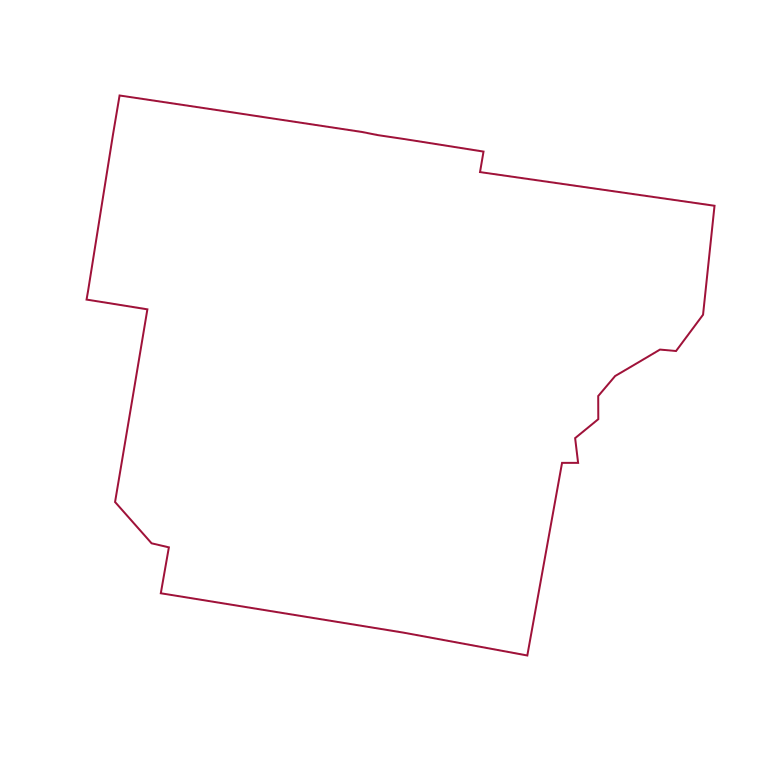 Grant, Arkansas, United States of America (Equal Earth projection), rotated 278°
{"feature_id": "52423323B41893440986627", "entity_name": "Grant", "entity_type": "district", "adm_level": 2, "iso_a3": "USA", "parent_name": "United States of America", "parent_adm1": "Arkansas", "projection": "equal_earth", "projection_center": [-92.409, 34.278], "detail": "fine", "context": "isolated", "style": "outline", "palette": "rose", "viewbox_px": 768, "rotation_deg": 278, "n_neighbors": 0, "source": "geoboundaries", "source_scale": "gbopen_adm2", "svg_char_len": 546}
<svg xmlns="http://www.w3.org/2000/svg" viewBox="0 0 768 768"><g transform="rotate(278 384 384)"><path d="M145.7,192.1L140.5,437.7L135.1,563.7L330.7,571.3L332.9,587.2L357.0,580.8L379.0,601.1L401.9,597.8L424.1,611.8L436.3,627.2L456.5,652.5L457.3,668.6L497.0,690.3L606.5,686.5L607.2,449.6L628.0,450.2L629.4,368.2L629.6,343.4L630.5,327.1L631.5,230.9L631.8,204.2L632.9,82.0L592.9,80.9L435.1,78.0L426.2,77.7L425.0,139.3L356.1,137.5L348.1,137.3L229.7,134.1L193.9,176.0L192.3,193.7L145.7,192.1Z" fill="none" stroke="#9f1239" stroke-width="2"/></g></svg>